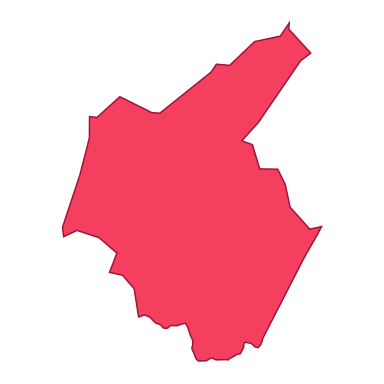 Carter, Tennessee, United States of America
{"feature_id": "52423323B88226115005443", "entity_name": "Carter", "entity_type": "district", "adm_level": 2, "iso_a3": "USA", "parent_name": "United States of America", "parent_adm1": "Tennessee", "projection": "equal_earth", "projection_center": [-82.131, 36.306], "detail": "fine", "context": "isolated", "style": "filled", "palette": "rose", "viewbox_px": 384, "rotation_deg": 0, "n_neighbors": 0, "source": "geoboundaries", "source_scale": "gbopen_adm2", "svg_char_len": 1132}
<svg xmlns="http://www.w3.org/2000/svg" viewBox="0 0 384 384"><path d="M89.5,116.5L89.4,137.7L86.6,148.9L79.8,175.2L62.5,227.3L63.7,236.7L76.9,230.4L98.9,237.6L116.9,253.1L109.5,272.4L122.5,275.2L134.2,288.8L138.6,317.0L140.9,316.2L143.8,315.1L145.4,315.2L149.4,316.9L151.4,318.6L153.0,320.5L155.5,322.8L157.6,323.8L160.2,324.5L162.2,326.6L162.9,327.5L163.6,328.0L165.9,328.4L168.0,327.9L169.1,326.7L170.2,325.8L172.0,325.6L177.3,325.7L180.4,324.4L185.5,323.2L187.9,327.6L190.0,334.3L192.7,340.5L192.7,344.8L191.8,348.3L196.4,359.3L198.6,361.0L206.2,360.8L210.0,358.6L212.4,357.9L214.8,359.5L216.8,359.9L224.7,359.6L227.9,359.8L228.4,359.9L228.7,359.2L236.6,354.6L240.3,353.7L243.7,347.3L243.7,344.6L244.9,342.2L251.3,343.4L255.1,347.0L258.2,347.6L260.9,344.3L262.5,340.2L262.3,339.3L304.3,257.4L317.7,234.0L321.5,226.6L309.8,229.2L290.1,207.2L285.2,184.3L277.7,169.2L259.7,168.9L252.4,144.7L241.8,140.8L258.4,122.4L300.5,60.9L310.7,53.1L288.8,29.2L289.2,23.0L280.3,36.1L254.6,41.6L229.6,65.4L216.4,64.2L211.2,72.0L159.8,113.2L151.7,112.6L119.8,96.7L96.9,117.5L89.5,116.5Z" fill="#f43f5e" stroke="#9f1239" stroke-width="1.5"/></svg>